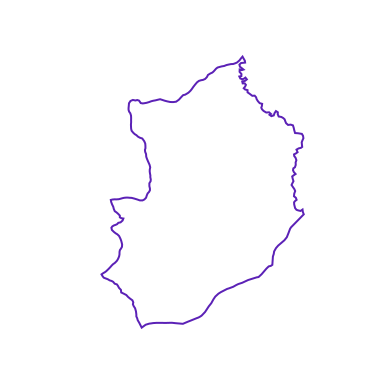 outline of São Francisco de Sales, Minas Gerais, Brazil, rotated 316°
{"feature_id": "56859067B34500113916882", "entity_name": "São Francisco de Sales", "entity_type": "district", "adm_level": 2, "iso_a3": "BRA", "parent_name": "Brazil", "parent_adm1": "Minas Gerais", "projection": "robinson", "projection_center": [-49.843, -19.775], "detail": "fine", "context": "isolated", "style": "outline", "palette": "violet", "viewbox_px": 384, "rotation_deg": 316, "n_neighbors": 0, "source": "geoboundaries", "source_scale": "gbopen_adm2", "svg_char_len": 4406}
<svg xmlns="http://www.w3.org/2000/svg" viewBox="0 0 384 384"><g transform="rotate(316 192 192)"><path d="M69.7,188.4L69.2,190.4L69.0,192.3L69.8,194.1L70.8,196.2L71.4,198.4L72.4,200.2L72.9,201.9L72.7,204.2L73.8,206.3L73.5,208.2L72.9,210.2L72.9,213.0L71.3,215.1L72.3,217.8L73.2,220.5L73.1,223.1L73.4,225.7L73.9,228.5L73.1,230.6L71.5,231.7L70.8,233.5L70.3,236.1L68.8,238.9L67.0,241.3L65.5,242.9L64.9,244.7L63.9,246.5L63.2,249.4L61.6,254.6L66.5,255.3L69.8,257.0L71.7,258.4L73.0,259.3L75.8,261.7L78.5,264.3L81.9,267.7L86.6,272.0L89.1,275.0L93.9,280.5L95.5,281.1L98.6,282.3L101.0,283.3L107.7,286.0L109.5,286.8L111.4,287.3L113.0,287.6L118.0,287.4L124.7,285.9L128.6,285.4L132.8,284.1L136.1,283.4L140.4,283.5L143.3,284.1L149.9,286.1L151.7,287.0L155.8,288.8L159.3,289.7L161.4,290.4L165.1,292.2L171.2,294.3L179.2,298.3L180.8,299.4L184.9,299.5L192.4,298.8L195.5,298.8L197.4,299.9L199.2,300.2L205.4,294.6L207.7,293.4L209.8,291.8L213.5,290.7L216.8,290.4L224.9,290.9L228.8,290.4L232.8,288.6L237.0,286.6L238.7,286.2L256.9,285.7L257.9,283.3L259.3,281.4L256.9,281.0L255.6,279.0L254.8,277.4L255.0,275.2L255.9,273.6L256.9,271.9L258.3,270.3L259.9,270.1L261.8,270.3L262.7,268.3L262.4,265.9L264.4,264.2L266.9,263.0L267.7,260.8L268.0,258.8L268.5,256.1L270.4,255.4L272.5,254.7L273.6,252.5L274.9,250.4L276.7,250.6L279.0,251.0L279.1,248.4L279.8,246.5L281.3,245.4L283.2,245.7L285.4,244.6L287.1,242.7L289.2,241.6L290.3,239.2L290.5,237.2L291.5,235.8L293.4,236.4L295.6,236.7L296.6,234.1L299.0,234.7L301.0,235.9L302.6,236.1L303.9,234.4L305.4,232.5L307.5,231.5L309.5,230.7L310.9,228.7L311.4,226.5L310.2,224.9L309.0,223.3L307.1,221.2L308.4,218.7L309.8,216.4L310.9,214.2L309.8,212.1L307.7,210.5L307.5,207.8L308.3,205.8L309.1,204.1L309.0,202.2L308.4,200.1L306.8,197.9L307.7,195.6L309.1,194.3L308.6,192.1L306.2,192.6L304.0,193.7L301.8,192.6L301.4,190.4L303.0,190.7L302.8,188.2L300.6,186.4L299.8,183.4L299.8,181.2L300.4,179.5L302.0,178.7L303.7,177.3L302.4,175.1L302.5,172.4L303.0,170.1L303.9,168.4L304.0,166.2L302.2,164.7L301.7,161.4L301.2,158.9L302.7,157.3L301.4,155.1L301.3,153.3L303.3,153.1L305.2,152.4L305.4,150.4L303.9,149.1L304.9,147.4L307.4,148.9L309.7,149.1L309.9,146.8L307.9,146.5L306.5,145.8L305.6,143.9L306.3,141.8L308.0,142.9L309.5,141.5L309.7,138.6L311.4,137.0L312.3,138.8L314.1,139.7L313.8,137.2L313.5,135.2L314.6,133.3L316.9,133.3L318.4,134.5L320.1,135.8L321.2,134.3L321.8,131.9L322.4,129.7L320.1,129.9L317.6,130.3L315.8,130.2L314.2,130.1L312.2,129.3L310.5,128.5L308.8,127.0L306.6,125.6L304.9,124.6L302.7,123.7L300.5,122.2L298.5,121.1L296.8,120.2L294.8,120.0L292.8,120.2L291.1,120.3L289.5,120.2L287.6,119.5L284.8,118.9L282.5,119.7L280.0,119.8L277.8,119.0L276.0,117.8L274.2,116.9L271.9,116.6L268.8,116.9L266.0,117.3L263.5,117.8L261.3,118.1L258.5,118.1L256.2,117.6L254.6,117.2L253.0,116.2L251.5,116.2L249.6,116.3L246.7,116.5L243.3,116.0L241.1,114.4L238.9,112.2L237.2,109.7L235.8,107.4L234.7,105.3L233.5,103.1L231.5,101.9L229.4,100.7L227.3,99.3L225.7,98.4L223.6,97.5L221.3,96.3L219.5,95.1L218.1,94.1L216.9,92.4L217.4,89.5L216.5,87.8L214.9,86.9L213.4,84.7L211.0,83.8L208.3,84.4L206.5,86.0L204.6,87.6L203.4,88.9L202.6,90.5L202.3,92.5L201.2,94.7L199.6,96.5L198.1,98.0L196.8,99.4L194.8,101.2L193.2,103.0L192.1,104.3L191.1,106.0L190.9,108.5L191.0,110.6L191.5,112.5L191.6,114.7L192.2,116.7L193.4,119.0L192.9,122.4L192.0,124.7L190.6,126.4L188.9,128.2L187.4,129.0L186.2,130.6L185.3,132.8L183.6,134.8L182.8,136.5L181.8,139.0L181.0,141.2L180.4,142.9L179.1,145.2L177.0,146.7L175.8,147.9L174.7,149.4L173.6,151.1L172.3,152.4L171.1,154.3L169.7,155.5L167.4,156.1L165.4,158.2L164.2,160.2L163.0,161.5L161.2,162.1L159.1,162.2L157.0,163.1L155.0,164.2L152.6,164.3L150.6,163.7L148.7,161.9L147.5,159.5L145.9,156.6L144.5,154.3L143.2,152.9L141.9,151.4L140.5,150.1L139.1,149.0L137.6,148.1L136.1,147.3L134.3,146.3L132.4,144.7L131.0,143.3L129.6,142.2L128.1,141.3L127.0,142.9L125.9,145.4L125.1,147.9L124.0,149.8L123.1,152.2L123.5,154.0L123.7,156.2L123.7,158.8L122.5,160.1L123.0,161.8L124.2,163.4L122.3,164.3L119.5,164.2L117.6,163.0L115.8,163.1L114.3,162.6L112.6,161.8L110.8,161.4L109.2,161.7L108.0,163.7L108.1,166.6L108.4,168.7L108.9,170.6L109.0,173.0L108.1,175.8L107.2,177.9L106.2,179.7L105.2,181.3L103.5,182.8L101.5,183.4L99.8,183.7L98.3,184.7L96.4,186.6L94.8,187.7L92.5,188.7L90.4,189.3L88.6,189.4L87.0,189.4L85.3,189.1L83.2,189.1L81.0,189.3L78.6,189.4L75.3,189.4L73.7,189.2L71.7,188.7L69.7,188.4Z" fill="none" stroke="#5b21b6" stroke-width="2"/></g></svg>